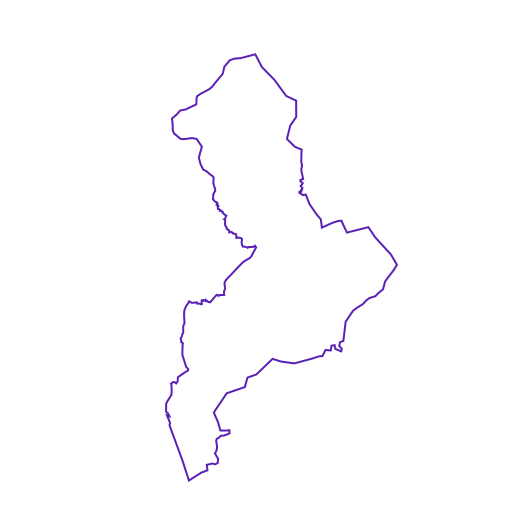 Ifo, Ogun, Nigeria, rotated 73°
{"feature_id": "59680162B2266540401620", "entity_name": "Ifo", "entity_type": "district", "adm_level": 2, "iso_a3": "NGA", "parent_name": "Nigeria", "parent_adm1": "Ogun", "projection": "albers", "projection_center": [3.248, 6.772], "detail": "fine", "context": "isolated", "style": "outline", "palette": "violet", "viewbox_px": 512, "rotation_deg": 73, "n_neighbors": 0, "source": "geoboundaries", "source_scale": "gbopen_adm2", "svg_char_len": 5954}
<svg xmlns="http://www.w3.org/2000/svg" viewBox="0 0 512 512"><g transform="rotate(73 256 256)"><path d="M86.0,265.7L86.9,266.3L93.5,268.8L95.3,280.5L94.7,286.1L97.1,289.7L100.0,296.2L104.8,297.0L111.8,298.9L114.9,298.5L121.9,293.9L123.1,291.2L124.6,282.4L126.8,278.5L135.6,275.8L145.2,281.9L152.0,282.2L157.9,281.2L160.8,278.3L162.9,277.1L165.3,275.5L167.0,274.1L168.6,273.6L170.6,274.3L171.2,274.6L172.1,274.8L173.0,275.2L173.5,275.5L174.1,275.6L175.2,275.5L175.6,275.6L176.3,275.6L176.8,275.6L177.6,275.6L178.3,275.5L179.3,275.5L180.0,275.6L180.7,275.6L181.4,275.8L181.9,276.0L182.2,276.5L182.4,276.8L182.9,277.2L183.2,277.5L183.9,278.2L184.2,278.6L184.6,278.8L185.2,279.0L185.4,279.1L185.8,279.3L186.2,279.5L186.4,279.6L186.8,279.7L187.3,279.8L187.6,280.0L187.8,280.0L188.5,280.1L188.7,280.3L189.3,280.6L189.5,280.4L189.9,280.3L190.2,280.2L190.5,280.0L191.2,279.6L191.6,279.4L192.0,279.3L192.3,279.0L192.6,278.7L192.8,278.4L192.9,278.1L193.0,277.9L193.3,277.7L193.5,277.5L193.8,277.6L194.0,277.7L194.6,277.5L195.0,278.2L195.5,278.8L196.1,278.4L195.9,278.0L196.1,277.8L196.5,277.6L197.2,277.3L197.3,277.5L197.6,278.0L197.8,278.3L198.0,278.3L198.6,278.3L199.2,278.4L199.7,278.6L200.0,278.6L200.2,277.8L200.3,277.7L200.6,277.5L201.0,277.4L201.3,277.1L201.8,276.7L202.2,277.0L202.2,276.9L202.3,276.7L202.5,276.4L202.9,275.9L203.2,275.5L203.5,275.3L203.7,275.2L203.9,275.1L204.2,275.0L204.3,275.4L204.7,275.3L205.7,274.8L206.5,274.3L206.7,274.1L206.9,274.1L207.3,273.9L207.6,273.6L208.8,272.6L209.4,273.2L210.7,274.3L211.0,274.5L211.4,274.7L211.4,274.8L211.5,275.1L211.6,275.4L211.6,275.7L212.0,275.5L212.1,275.4L212.7,275.2L212.8,275.2L212.8,275.3L213.5,275.3L214.0,275.4L214.6,275.6L215.4,276.0L216.2,276.3L216.5,276.4L216.8,276.5L217.0,276.5L217.0,276.4L217.3,276.3L217.7,276.4L218.6,276.3L219.5,276.0L220.0,275.7L220.4,275.8L221.1,276.1L221.4,276.0L221.9,275.8L222.4,275.5L222.6,275.3L222.8,275.1L222.8,274.9L222.8,274.7L223.1,274.5L223.4,274.5L224.3,274.4L224.6,274.4L225.4,274.5L225.6,274.6L225.6,274.3L225.5,273.7L225.5,273.4L225.5,273.1L225.6,272.8L226.6,271.8L226.9,271.5L227.2,271.2L227.3,271.2L227.5,271.4L227.6,271.5L228.0,271.1L228.3,270.5L228.7,269.6L228.8,269.5L228.9,269.4L229.0,269.2L229.2,268.8L229.3,268.8L229.6,268.8L229.9,268.8L230.9,268.9L231.5,268.9L232.3,269.0L232.3,269.3L232.8,269.3L233.0,269.4L233.1,268.3L233.2,267.9L233.4,267.5L233.6,266.7L233.9,266.2L234.2,265.7L234.4,265.4L235.4,264.5L235.5,264.4L236.6,264.8L237.1,265.0L237.5,265.1L237.8,265.4L238.1,265.5L238.5,265.8L238.9,265.9L239.2,265.9L239.5,265.9L240.3,265.9L240.7,266.0L241.1,266.1L241.4,266.2L241.6,266.2L241.9,266.1L242.7,265.6L243.1,265.5L243.3,265.6L243.5,264.7L244.0,263.6L245.2,261.9L245.7,261.6L245.3,260.6L246.5,256.0L246.4,255.5L245.9,254.0L246.5,253.9L246.8,253.7L247.0,253.7L247.5,253.7L247.8,253.4L249.5,255.1L251.4,257.1L252.1,257.8L253.9,259.5L254.8,260.4L255.5,261.4L256.2,262.6L256.7,265.0L257.1,266.9L257.6,268.5L258.0,270.0L258.4,270.7L259.0,271.9L259.6,273.0L260.6,274.8L261.2,276.0L262.4,278.1L262.6,278.4L263.6,280.1L263.9,280.8L264.5,281.7L266.9,285.9L267.6,287.2L268.6,289.1L269.4,290.5L270.1,291.7L270.4,291.8L271.0,292.6L271.7,293.3L272.2,293.8L272.6,294.0L273.3,294.1L274.1,294.4L275.5,294.6L277.8,295.0L278.4,295.3L278.9,295.6L280.1,296.6L280.6,296.9L281.8,297.3L282.5,297.5L283.9,297.7L283.8,298.3L283.6,299.2L283.3,300.0L283.0,301.2L282.9,301.9L282.7,302.3L282.6,302.7L282.9,303.1L283.1,303.3L282.9,303.4L282.7,303.7L282.5,303.9L282.4,304.1L282.1,304.4L281.9,304.6L281.6,305.0L282.8,306.9L285.4,311.0L286.9,313.4L286.7,313.6L286.4,313.9L286.2,314.7L285.9,315.2L284.6,315.9L284.6,316.8L283.2,316.9L283.4,317.3L283.9,317.8L282.8,319.0L283.4,319.5L282.5,320.6L282.6,321.0L283.3,321.2L286.2,321.9L286.2,322.4L284.9,324.2L284.3,326.2L283.0,326.1L282.7,328.2L282.5,329.1L282.0,331.0L280.9,332.2L280.3,332.6L279.8,333.1L279.9,333.6L281.2,334.4L281.9,335.4L283.2,337.2L286.6,340.1L286.9,340.3L290.0,341.6L291.5,342.0L292.1,342.2L299.0,343.9L302.4,346.4L303.4,346.6L308.0,348.0L309.3,349.3L311.5,350.7L311.7,351.0L312.3,351.6L312.9,352.2L313.4,352.3L315.6,352.2L316.5,352.7L316.9,352.1L317.6,351.8L318.2,351.4L318.5,351.8L323.1,353.4L328.9,355.3L331.1,355.3L337.1,355.2L340.0,355.2L341.5,355.2L344.2,353.9L345.6,354.4L345.8,355.7L347.1,360.0L348.7,364.9L348.9,365.8L349.3,366.1L351.4,367.0L353.1,367.7L354.5,369.6L352.6,370.9L352.4,372.7L352.9,373.4L353.2,374.6L354.8,374.6L355.8,374.9L358.5,375.5L364.0,377.4L364.4,377.9L368.0,382.1L370.8,385.0L372.9,385.7L378.5,387.5L380.9,386.1L384.0,385.7L382.3,387.7L390.7,387.0L392.5,388.2L430.6,386.1L451.1,385.8L447.2,371.9L446.8,365.1L441.3,364.1L441.7,358.4L443.3,355.9L442.7,353.1L439.0,351.5L432.7,353.0L430.6,350.7L427.7,349.2L423.5,348.4L421.2,348.2L419.4,347.0L418.6,343.9L417.6,342.1L418.3,339.4L418.3,336.7L417.8,333.2L414.9,332.4L413.7,337.4L412.4,341.1L403.6,340.9L398.1,341.6L393.4,342.1L391.0,339.3L378.7,324.1L378.1,305.0L369.8,299.7L369.4,290.3L359.2,270.2L364.2,263.0L369.9,250.8L370.5,232.6L370.4,224.9L371.1,221.7L366.2,217.0L368.2,212.2L363.9,210.0L364.2,206.9L368.1,207.3L372.1,202.4L369.9,201.1L366.4,202.7L363.0,200.9L362.8,197.3L344.9,189.4L343.6,187.6L339.4,182.6L336.7,179.1L334.8,173.8L333.3,168.0L330.6,163.3L329.4,159.8L329.3,153.5L327.4,150.2L325.0,144.3L318.0,139.9L315.4,136.4L309.4,128.0L305.6,123.8L294.1,126.5L272.9,136.6L261.3,140.1L260.2,162.2L254.1,163.1L248.7,163.8L247.3,163.9L246.5,167.1L246.6,172.9L248.1,184.7L240.1,183.3L233.5,186.0L222.3,189.6L211.7,190.5L211.6,193.1L208.2,196.1L207.2,195.5L207.7,194.2L206.3,193.6L206.5,193.0L205.3,192.4L204.6,191.7L203.4,192.4L202.1,192.8L201.2,191.3L200.0,190.0L197.5,191.7L196.2,191.2L196.2,188.4L187.0,187.6L182.9,185.5L179.2,185.2L167.6,181.3L162.8,187.0L153.1,192.2L141.3,185.1L134.8,176.9L119.2,172.2L111.8,180.3L92.7,187.0L76.9,195.2L62.9,197.7L62.3,212.7L60.9,219.5L61.2,223.9L65.7,230.9L72.1,234.6L78.8,244.9L81.1,248.1L82.8,251.8L84.5,260.8L86.0,265.7Z" fill="none" stroke="#5b21b6" stroke-width="2"/></g></svg>